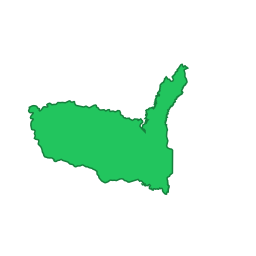 outline of Coari, Amazonas, Brazil, rotated 53°
{"feature_id": "56859067B81707102783786", "entity_name": "Coari", "entity_type": "district", "adm_level": 2, "iso_a3": "BRA", "parent_name": "Brazil", "parent_adm1": "Amazonas", "projection": "robinson", "projection_center": [-64.001, -4.036], "detail": "fine", "context": "isolated", "style": "filled", "palette": "green", "viewbox_px": 256, "rotation_deg": 53, "n_neighbors": 0, "source": "geoboundaries", "source_scale": "gbopen_adm2", "svg_char_len": 5880}
<svg xmlns="http://www.w3.org/2000/svg" viewBox="0 0 256 256"><g transform="rotate(53 128 128)"><path d="M199.9,130.7L198.8,130.0L197.8,130.5L197.2,130.0L196.5,130.2L196.3,129.5L195.5,129.0L194.9,129.0L194.3,128.1L193.0,127.9L191.5,126.9L191.1,126.1L191.5,123.9L190.8,122.7L190.7,119.6L172.6,105.8L171.2,105.9L169.8,107.2L168.1,108.1L166.9,108.3L165.5,107.9L162.2,103.9L157.9,102.3L154.2,99.1L153.3,97.7L149.7,96.3L148.6,95.3L148.2,96.0L147.9,96.0L147.2,95.7L146.4,94.8L145.9,95.0L145.6,94.4L145.0,94.0L145.3,93.2L144.3,92.5L144.1,92.0L143.6,92.0L143.0,91.6L143.1,90.3L142.1,90.5L141.8,89.6L140.9,89.6L140.6,88.9L140.8,87.6L140.6,87.4L140.3,87.8L139.9,87.6L140.1,87.4L139.3,86.8L139.0,85.5L138.0,85.4L138.1,85.1L137.7,85.0L138.0,84.5L137.8,83.6L137.2,82.9L137.2,82.0L136.8,81.8L136.9,81.2L136.4,80.7L137.1,79.9L136.7,79.5L136.9,78.9L136.5,78.6L136.7,78.0L136.2,77.7L136.2,77.2L135.9,77.2L135.3,76.3L135.2,75.6L135.6,75.3L135.4,74.5L135.1,74.6L135.1,74.2L134.2,73.9L133.6,73.3L134.1,72.0L133.3,71.5L133.5,70.7L132.8,70.2L133.0,70.0L132.8,69.5L133.2,69.0L132.8,68.6L133.1,68.2L132.8,67.7L133.1,67.1L132.9,65.7L133.2,65.5L133.3,64.6L133.0,64.5L132.9,63.7L132.6,63.5L132.7,63.2L132.5,62.8L131.4,62.7L131.2,63.2L130.6,62.9L130.1,62.3L129.4,60.4L128.7,60.2L128.7,59.2L128.3,58.9L127.9,57.7L128.1,57.5L127.9,56.4L128.1,56.2L127.9,55.6L127.3,55.3L127.2,53.7L126.2,52.8L124.6,52.4L124.3,52.0L121.3,51.7L118.8,49.7L115.7,48.5L115.3,47.9L116.1,44.2L114.6,44.5L114.0,45.1L112.9,44.9L112.6,45.1L112.6,47.0L112.2,47.1L109.8,46.4L109.4,47.1L109.4,48.1L110.9,52.0L110.9,53.4L111.4,54.0L112.1,53.9L112.3,54.4L112.0,56.4L112.4,57.1L113.2,57.9L113.2,58.8L113.8,60.4L113.5,61.0L113.6,61.7L113.9,62.0L116.4,62.4L117.3,63.5L117.3,64.0L117.2,64.6L116.5,65.7L114.1,65.6L112.9,66.8L110.9,66.6L110.1,66.7L110.5,67.8L110.7,69.2L111.5,69.5L111.5,70.0L112.0,70.6L112.4,71.7L112.9,72.0L112.5,73.7L112.9,74.9L112.7,75.6L113.2,76.5L113.7,77.0L114.5,77.2L114.5,77.7L115.8,78.7L116.0,79.3L117.5,80.1L117.6,80.4L117.2,80.9L117.7,81.7L117.6,82.6L118.0,83.5L119.1,83.8L119.4,83.5L119.4,83.1L120.1,82.9L120.4,83.1L120.1,83.3L120.2,83.6L120.7,83.2L121.0,83.6L121.1,83.9L120.9,84.1L120.7,84.1L120.4,83.7L120.2,84.0L120.0,84.7L120.2,85.4L119.5,85.3L119.3,86.5L120.7,86.9L121.0,87.8L121.5,87.9L121.5,88.6L122.3,88.9L122.0,89.4L122.4,89.8L122.8,89.8L123.4,91.0L123.7,90.6L123.7,90.0L124.3,90.7L124.6,90.2L125.1,91.6L124.6,92.2L125.0,92.9L125.5,92.9L125.3,92.4L125.7,91.6L125.9,92.7L126.6,92.7L126.5,93.0L126.9,93.3L126.9,94.3L127.3,93.9L127.7,94.6L127.9,96.1L127.3,96.1L126.8,96.4L126.1,96.2L125.9,97.5L125.1,98.8L125.1,99.9L125.7,100.4L124.8,101.7L124.8,103.2L126.4,103.6L126.9,104.5L127.8,104.1L128.8,104.7L129.1,105.3L128.4,105.4L128.1,105.9L128.4,106.2L129.2,106.1L129.9,106.4L130.4,107.1L130.7,108.7L131.4,107.9L132.2,107.5L132.6,107.9L132.6,108.9L133.0,109.0L133.7,107.4L134.0,108.3L133.9,109.2L134.4,109.4L135.1,110.4L134.8,110.7L134.5,110.2L133.6,110.2L134.0,110.6L133.9,110.9L134.8,111.8L134.8,112.9L134.5,114.2L136.4,116.5L137.7,116.9L138.2,116.6L138.4,116.0L140.2,115.9L141.5,116.8L137.0,117.4L133.8,117.5L133.3,117.0L132.3,115.2L132.5,114.3L132.2,112.7L130.9,112.2L130.7,112.4L128.4,112.3L128.2,115.3L127.9,115.4L127.5,114.6L126.8,115.0L124.7,117.4L124.8,118.3L124.5,120.0L121.5,121.3L120.9,121.1L119.2,123.9L118.2,124.1L117.8,124.8L116.7,125.2L115.3,124.8L113.1,125.8L112.3,125.6L111.2,124.8L109.4,124.4L108.8,124.7L107.8,125.9L107.9,127.1L107.3,128.6L105.5,129.7L104.1,132.3L103.4,132.4L102.3,131.9L102.0,132.0L101.4,133.1L101.1,135.3L100.9,135.6L99.0,136.1L97.1,139.3L95.3,140.0L94.2,139.7L92.4,140.5L90.9,139.8L90.2,140.0L89.4,141.5L88.7,146.3L88.0,147.2L85.5,148.2L85.1,148.8L84.7,150.5L84.2,151.1L78.9,155.7L78.0,156.0L76.3,155.8L74.9,155.0L74.4,155.2L73.7,157.3L72.7,157.9L71.6,158.0L71.0,158.6L70.1,162.9L68.1,165.0L67.0,166.8L65.5,168.6L65.8,171.1L65.5,171.8L64.7,172.8L63.6,174.8L61.8,175.2L61.0,175.8L60.5,177.4L60.5,178.7L61.0,179.0L62.1,178.8L62.7,179.3L62.5,180.1L60.8,181.9L60.3,183.0L61.3,186.1L61.4,187.9L61.2,188.3L60.4,188.3L59.3,187.2L58.6,187.5L57.9,188.2L56.1,187.9L55.0,188.3L53.5,189.7L52.7,191.2L52.1,194.4L53.1,194.9L54.4,197.0L55.4,197.3L56.9,197.0L58.2,195.1L58.9,194.6L59.2,194.8L60.0,198.0L60.9,199.6L61.9,199.9L63.5,198.4L63.9,198.4L64.2,198.7L64.8,201.3L65.9,202.7L67.6,204.1L71.1,205.7L71.8,205.4L73.0,204.2L74.2,203.9L74.8,204.3L76.2,206.2L77.6,206.4L78.6,206.9L79.9,209.0L81.4,208.5L83.2,206.9L84.0,206.7L85.0,207.3L86.5,209.1L87.1,209.4L89.7,209.0L91.3,209.0L93.6,209.7L95.7,210.8L97.5,211.0L99.6,211.8L101.2,211.7L102.0,210.9L103.4,210.1L105.1,208.2L105.3,207.5L106.2,206.8L108.4,206.1L108.8,206.1L109.5,206.8L110.8,206.4L111.5,205.4L111.6,203.7L112.5,202.1L112.7,200.7L113.1,200.1L114.5,199.7L118.9,196.5L121.7,196.1L123.6,194.4L124.6,193.9L126.1,193.9L127.1,193.5L127.6,192.9L128.0,191.0L129.4,189.1L129.9,187.0L130.3,186.3L133.7,184.9L134.5,183.7L136.3,182.9L138.7,180.9L139.9,180.7L141.2,179.8L143.9,178.9L146.2,180.4L146.9,180.5L148.4,180.2L150.4,181.1L154.4,180.9L157.6,179.5L158.2,178.8L158.9,176.3L158.9,173.7L159.2,173.2L160.5,171.9L161.6,170.2L163.0,168.9L163.8,165.4L164.6,163.8L165.8,162.7L167.8,162.4L169.3,161.1L171.0,160.6L171.9,159.7L175.1,150.9L177.6,150.7L177.9,149.5L178.8,149.0L180.3,149.0L181.2,148.6L181.8,148.8L182.0,149.3L181.9,149.9L181.3,150.5L182.1,150.6L182.9,149.4L183.1,148.1L183.6,148.3L184.2,149.2L184.6,149.0L185.1,147.6L186.0,146.8L185.8,145.6L186.0,144.9L187.5,144.8L187.8,146.2L189.2,147.3L190.2,146.8L190.4,145.8L191.9,146.0L192.7,145.3L192.0,144.6L192.0,144.0L192.6,143.2L193.2,143.2L194.3,141.0L194.8,141.0L195.2,140.6L195.3,139.5L195.1,138.8L196.1,138.5L196.3,137.6L196.8,137.2L198.1,137.5L199.0,138.2L200.6,138.4L202.9,138.1L203.9,137.4L203.9,136.8L203.4,136.6L202.7,135.2L202.9,135.0L202.6,134.4L203.1,134.2L201.7,133.1L200.9,132.8L201.0,132.1L199.7,131.3L199.9,130.7Z" fill="#22c55e" stroke="#15803d" stroke-width="1.5"/></g></svg>